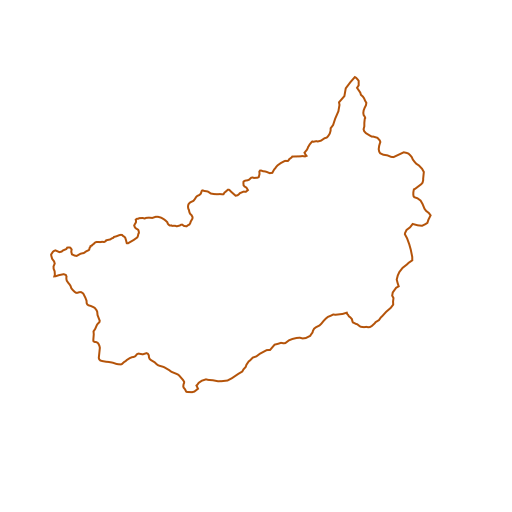 Kurtoe, Lhuntshi, Bhutan (Robinson projection), rotated 323°
{"feature_id": "84629894B57016809532633", "entity_name": "Kurtoe", "entity_type": "district", "adm_level": 2, "iso_a3": "BTN", "parent_name": "Bhutan", "parent_adm1": "Lhuntshi", "projection": "robinson", "projection_center": [90.998, 27.926], "detail": "fine", "context": "isolated", "style": "outline", "palette": "amber", "viewbox_px": 512, "rotation_deg": 323, "n_neighbors": 0, "source": "geoboundaries", "source_scale": "gbopen_adm2", "svg_char_len": 6075}
<svg xmlns="http://www.w3.org/2000/svg" viewBox="0 0 512 512"><g transform="rotate(323 256 256)"><path d="M119.1,319.9L118.7,321.7L118.7,322.6L119.6,323.5L123.0,326.3L125.2,327.2L129.8,327.1L130.5,323.6L131.7,323.5L133.9,322.8L137.7,323.0L141.8,324.4L143.3,326.2L146.8,329.3L150.2,333.1L152.9,335.1L158.3,338.3L163.2,339.1L171.1,339.5L175.5,340.0L177.8,339.0L181.0,338.4L182.9,337.1L186.7,335.8L188.4,335.8L192.3,335.2L195.9,336.4L200.3,336.4L207.9,337.6L210.7,339.5L217.5,338.0L220.8,339.4L223.7,340.4L225.6,342.4L227.0,343.2L231.7,343.2L235.2,344.2L239.1,345.9L241.8,347.6L243.6,349.9L246.4,351.5L251.3,352.4L252.4,351.9L255.1,351.1L256.5,350.0L258.7,349.0L261.1,349.0L264.9,349.7L267.4,349.4L271.0,348.5L274.1,348.0L276.8,347.9L279.8,348.7L282.5,349.2L284.0,350.7L290.3,354.4L294.4,355.9L293.9,357.3L294.1,358.6L293.9,360.0L294.0,360.6L294.4,361.7L294.6,364.2L294.2,364.7L294.2,365.2L293.5,366.6L293.5,367.7L293.9,368.2L294.9,370.3L295.8,371.5L296.6,374.6L297.2,375.7L299.4,377.8L301.6,379.1L302.7,380.4L304.2,381.3L306.3,381.6L310.4,381.2L311.6,380.8L315.6,381.2L318.7,380.2L320.6,380.0L326.4,378.9L332.4,378.5L336.3,377.4L338.1,374.8L340.5,372.3L340.9,369.6L343.3,367.4L348.8,365.7L351.7,366.1L352.8,362.9L354.2,359.5L357.6,356.8L361.0,355.0L365.9,353.7L371.4,353.6L373.8,353.3L378.2,353.5L380.2,350.8L383.4,344.1L385.4,339.0L387.3,332.8L388.0,328.2L388.8,327.4L391.9,325.8L396.3,325.8L400.4,324.7L403.7,328.9L406.8,331.8L410.4,332.5L412.8,332.7L415.5,330.8L419.9,328.6L419.9,325.6L419.0,322.4L419.0,319.7L420.3,314.7L420.8,310.8L419.7,307.1L417.8,304.3L417.8,303.1L418.6,301.6L420.1,299.7L422.2,297.8L423.5,298.1L431.2,298.1L433.1,297.7L435.2,296.0L435.9,295.0L440.6,289.9L441.1,286.3L440.6,281.8L439.5,278.7L439.3,276.0L439.3,273.3L439.9,270.8L439.8,268.5L439.4,266.0L438.4,264.4L436.4,262.1L425.4,259.8L423.6,258.2L421.5,254.7L418.6,251.7L417.0,248.7L417.2,246.8L418.3,244.5L420.7,242.1L422.7,240.6L423.9,239.8L424.4,238.2L424.1,234.7L421.5,231.2L420.3,230.3L419.4,228.3L417.7,224.0L417.5,221.4L418.2,219.5L420.5,217.7L422.7,214.8L425.4,211.9L426.3,211.5L426.7,210.1L426.8,208.2L427.8,206.3L429.6,204.5L432.0,203.0L434.5,201.8L436.3,200.1L436.6,197.6L437.2,195.1L437.3,193.0L436.8,190.4L437.6,188.3L437.9,182.5L440.7,181.5L443.4,177.9L443.4,176.2L443.2,174.0L442.6,172.6L435.9,174.0L428.6,176.1L422.8,181.5L414.8,183.2L413.6,185.6L408.9,190.0L402.0,193.9L396.4,197.8L392.5,198.9L391.0,200.8L388.6,202.6L387.1,203.2L385.9,203.6L384.2,204.0L383.1,203.8L381.6,203.2L377.3,203.0L374.2,201.7L373.3,200.6L370.4,199.2L369.9,198.4L369.4,198.4L366.0,199.2L363.9,200.1L363.0,200.4L362.4,200.9L360.6,201.8L356.9,202.7L356.6,204.5L356.6,206.4L355.1,206.0L353.2,204.1L351.4,203.1L344.8,198.4L343.8,198.7L340.6,198.7L340.0,199.1L338.6,199.3L337.9,198.6L337.3,198.3L336.6,197.6L335.5,197.3L331.7,196.7L327.8,196.6L325.7,197.0L324.3,197.5L322.7,197.8L321.0,198.5L319.1,199.4L316.8,198.1L315.1,195.2L314.0,193.8L312.6,192.5L311.5,190.8L310.6,190.2L309.5,190.6L308.1,192.7L305.7,194.6L304.4,194.4L301.4,192.5L300.5,191.2L299.2,190.6L296.4,190.9L294.7,190.4L293.3,189.6L292.0,189.1L290.8,189.1L289.8,190.2L288.6,192.1L288.7,193.7L289.5,195.6L289.2,198.5L286.5,198.6L284.8,197.1L280.8,196.1L279.8,196.4L277.8,196.4L276.0,195.6L274.8,189.7L274.5,187.3L274.2,186.7L273.3,186.1L272.6,186.3L271.7,186.2L270.7,186.4L269.0,186.4L267.2,187.1L266.4,186.6L264.3,184.7L263.0,183.9L260.7,182.1L259.7,181.2L257.5,178.9L256.5,175.9L255.8,174.9L253.7,172.8L253.0,171.6L252.5,171.3L251.8,171.4L249.4,173.0L247.5,173.2L245.3,172.7L243.9,172.8L241.2,173.8L239.2,174.3L235.8,173.6L234.1,173.8L233.1,174.1L231.7,175.3L231.0,176.3L230.4,177.5L230.1,179.0L229.4,180.4L229.0,181.5L228.8,182.9L229.1,184.6L228.7,186.8L227.7,187.9L224.6,189.2L223.4,190.1L221.7,190.8L220.4,190.5L218.4,190.5L216.6,188.7L215.9,186.5L214.9,185.9L213.5,185.8L210.6,184.6L209.6,183.2L207.1,181.4L206.8,180.6L205.6,179.9L205.1,178.6L205.0,177.1L205.5,175.6L205.1,173.2L204.6,171.4L203.8,169.4L203.1,168.0L201.3,165.7L199.4,164.3L196.1,163.2L193.5,160.9L191.1,159.4L189.7,159.1L188.3,157.4L185.5,155.5L184.5,155.4L183.2,154.6L181.8,154.6L181.3,155.8L180.3,156.9L178.5,157.6L177.1,158.3L176.6,159.9L176.6,161.4L177.7,164.2L177.3,165.5L176.4,167.1L175.4,167.5L173.8,168.9L172.4,169.7L168.0,169.6L161.4,168.8L160.5,168.0L161.7,165.1L162.5,162.9L162.5,161.6L161.9,160.1L161.7,158.6L160.7,157.7L159.4,157.1L156.2,156.2L154.0,155.3L153.0,155.6L151.1,155.1L149.7,155.1L145.8,153.3L144.8,153.7L143.1,153.4L141.6,152.0L140.3,151.4L137.2,148.9L136.1,148.5L135.1,148.4L133.7,148.7L132.0,148.6L131.5,148.9L129.8,148.5L129.4,149.0L128.3,149.2L126.5,150.6L125.6,150.6L123.8,150.2L122.3,150.0L121.1,150.1L120.0,149.9L119.1,149.4L117.2,148.6L112.8,148.0L111.4,146.5L110.0,143.9L111.0,141.5L112.7,139.8L112.7,137.6L111.9,136.7L110.3,135.7L108.7,136.3L105.2,135.4L103.4,135.5L101.3,134.6L99.2,130.8L97.7,130.4L96.4,130.4L93.3,131.5L92.7,132.5L91.5,135.6L91.5,138.8L90.7,140.9L88.0,142.5L86.7,144.4L86.0,147.0L84.1,149.9L82.7,150.9L83.8,151.6L87.1,152.7L91.5,154.8L92.7,156.7L92.3,158.4L91.3,159.4L90.5,160.7L90.0,161.9L89.9,164.7L90.0,166.4L89.9,168.1L89.1,170.7L89.2,172.9L89.6,175.6L90.2,177.2L91.4,178.0L93.0,178.5L94.5,179.5L95.2,181.1L95.4,182.3L94.6,186.7L93.7,189.8L92.4,191.7L92.1,193.1L92.5,194.5L94.0,196.5L95.5,199.2L96.0,200.6L96.0,203.5L95.6,205.0L93.9,207.8L92.2,213.7L91.1,214.6L88.7,214.9L87.3,215.4L83.6,217.5L80.9,218.4L79.3,220.9L75.4,225.3L74.9,226.3L75.3,227.4L76.5,228.5L77.3,230.0L77.3,231.7L76.8,233.7L76.0,235.4L69.1,242.8L68.6,244.2L68.8,245.8L70.1,247.5L72.7,250.3L74.3,251.7L76.5,254.0L77.6,255.3L79.5,258.1L80.9,259.6L82.9,261.3L84.1,261.6L85.5,261.4L87.2,261.3L88.5,261.5L90.1,261.3L93.8,261.6L96.1,262.2L97.5,263.0L99.3,263.4L101.8,262.8L103.4,263.2L106.4,266.4L110.1,267.7L110.8,269.0L110.6,270.8L109.5,272.6L109.1,274.3L109.5,276.0L111.1,279.9L111.5,282.5L112.0,284.2L112.8,285.5L115.0,288.4L115.8,289.7L118.1,295.2L118.4,296.6L119.0,298.0L121.7,302.5L122.4,303.9L122.7,305.2L123.1,311.1L122.9,313.2L122.2,314.1L121.0,314.8L119.5,316.3L119.0,317.5L119.1,319.9Z" fill="none" stroke="#b45309" stroke-width="2"/></g></svg>